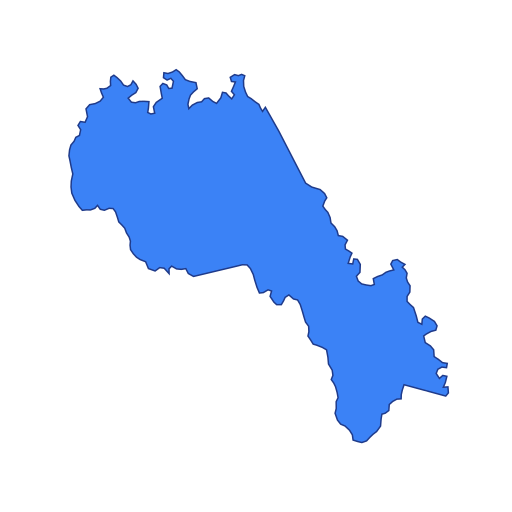 outline of Videira, Santa Catarina, Brazil, rotated 171°
{"feature_id": "56859067B98115345951737", "entity_name": "Videira", "entity_type": "district", "adm_level": 2, "iso_a3": "BRA", "parent_name": "Brazil", "parent_adm1": "Santa Catarina", "projection": "equal_earth", "projection_center": [-51.136, -26.989], "detail": "fine", "context": "isolated", "style": "filled", "palette": "blue", "viewbox_px": 512, "rotation_deg": 171, "n_neighbors": 0, "source": "geoboundaries", "source_scale": "gbopen_adm2", "svg_char_len": 3765}
<svg xmlns="http://www.w3.org/2000/svg" viewBox="0 0 512 512"><g transform="rotate(171 256 256)"><path d="M90.0,163.5L94.7,167.7L98.2,170.1L101.6,167.7L102.9,162.6L106.5,165.2L107.1,171.8L108.5,180.4L111.5,184.1L113.9,187.5L113.1,192.4L109.7,196.3L108.5,202.5L110.4,206.7L111.0,210.8L109.5,215.3L111.0,219.1L113.3,222.1L110.2,224.4L114.0,227.3L117.0,230.4L121.7,230.1L124.1,226.9L122.1,220.7L126.6,220.3L130.2,219.6L134.2,217.6L139.2,216.7L143.7,215.3L143.6,209.4L147.1,208.7L151.6,210.1L156.0,211.9L159.0,215.3L160.0,220.3L155.9,223.6L154.3,231.4L156.4,236.8L159.9,237.8L161.7,233.0L166.1,234.3L163.2,240.2L160.8,243.8L163.4,246.3L166.6,248.9L166.3,253.1L163.2,257.3L167.3,261.8L171.5,263.3L172.0,268.3L173.7,272.6L176.8,276.9L176.8,282.4L178.2,287.8L180.3,291.0L182.2,294.8L179.5,299.6L177.0,302.4L178.5,307.0L182.3,311.6L190.2,315.4L195.6,320.2L200.6,335.3L213.9,375.6L223.5,401.4L226.9,397.8L228.4,401.4L229.4,405.3L232.5,408.2L236.2,412.2L239.3,414.8L240.7,419.5L241.6,425.4L240.9,431.3L238.9,435.8L241.8,437.6L245.2,436.9L248.8,438.5L253.5,436.5L252.9,432.2L249.1,431.1L251.7,426.8L254.5,422.5L252.1,418.6L255.4,415.0L258.2,418.6L260.1,421.7L263.5,422.9L266.0,417.7L271.1,412.9L274.5,415.4L278.0,419.5L282.3,419.5L285.6,416.8L290.0,416.8L295.3,415.0L299.3,412.0L299.5,416.5L297.6,421.5L295.5,425.2L292.0,427.9L287.9,430.4L288.2,436.6L294.1,438.8L298.2,441.2L300.5,445.6L303.0,449.8L305.7,452.5L309.7,450.8L314.4,450.0L318.3,451.4L319.5,446.6L316.3,443.7L312.3,444.8L310.2,441.5L312.7,434.9L316.0,435.1L317.4,438.9L321.0,441.0L324.2,438.5L324.1,431.4L323.9,426.5L330.5,423.3L334.0,419.5L333.7,412.9L337.6,412.7L340.5,414.7L339.1,419.0L337.6,425.2L342.5,426.3L347.1,426.9L351.0,426.2L355.0,427.4L357.6,431.9L353.5,434.3L349.1,436.2L346.2,440.1L347.6,444.4L350.1,448.2L352.8,444.7L356.4,443.5L360.1,445.5L362.3,450.0L365.5,454.1L368.1,456.8L371.4,455.3L372.5,451.2L372.9,447.1L377.0,445.0L380.4,444.8L383.8,445.6L383.1,441.4L381.9,436.7L385.7,433.3L390.9,431.7L396.6,431.5L400.9,427.9L400.6,419.9L403.9,414.8L408.4,416.3L411.4,412.8L409.4,408.2L411.5,402.7L415.4,401.4L417.7,397.8L421.4,394.6L423.5,390.1L425.1,384.2L424.8,379.0L424.6,372.6L424.1,365.7L426.7,358.9L427.9,353.1L428.1,346.9L426.1,339.2L423.1,332.6L420.4,328.3L416.1,328.1L412.3,327.4L407.7,328.3L404.6,330.8L402.5,326.5L398.6,324.9L393.6,326.1L389.7,325.2L387.8,321.5L386.8,315.6L386.2,311.1L383.7,307.7L381.3,304.0L380.3,299.1L378.3,294.4L377.7,290.3L378.7,286.4L378.9,281.9L376.8,277.4L374.2,273.5L371.0,270.6L365.9,267.6L364.2,260.4L358.0,257.0L352.9,259.6L348.6,258.3L344.6,252.2L343.9,257.0L340.9,259.2L336.5,255.7L331.9,254.5L327.3,254.5L325.6,249.3L320.9,245.6L275.5,249.1L270.9,249.5L266.2,248.6L263.5,244.5L261.6,238.2L261.0,232.3L259.9,224.9L258.4,218.9L254.5,218.7L249.4,220.7L246.1,219.0L248.4,213.9L245.5,207.6L243.2,204.7L238.6,204.0L235.8,207.4L233.7,210.6L229.6,212.4L225.7,207.7L221.8,206.1L219.9,201.2L218.9,194.5L218.1,187.9L217.4,183.0L215.0,178.4L215.6,173.0L217.2,168.8L215.0,164.1L213.3,160.0L210.1,158.5L205.0,155.5L201.0,152.3L200.8,144.7L201.3,138.0L198.6,131.3L198.7,126.1L201.0,122.2L199.1,118.4L197.9,114.5L197.2,108.4L197.1,103.2L199.6,99.6L200.6,92.8L202.5,88.3L201.2,81.2L198.7,76.7L194.7,74.2L190.9,69.3L188.8,64.3L188.9,59.0L184.5,56.8L180.6,55.2L175.7,56.1L171.8,59.2L168.2,61.7L164.3,63.8L159.6,68.5L157.9,75.6L156.4,80.1L153.0,80.5L149.0,82.6L147.6,88.5L143.7,91.0L139.3,92.6L135.0,92.2L134.2,96.4L132.4,100.9L129.9,105.7L90.5,88.0L87.4,90.7L86.9,96.7L91.5,97.1L88.8,101.4L86.3,107.3L90.2,108.8L94.0,106.4L96.4,111.8L94.1,115.7L89.8,117.2L85.3,115.9L83.9,120.0L88.5,121.5L91.7,125.0L95.8,128.8L95.2,135.6L97.8,139.9L102.4,144.0L102.9,150.8L100.0,152.3L94.9,154.1L90.0,154.6L88.1,158.7L90.0,163.5Z" fill="#3b82f6" stroke="#1e3a8a" stroke-width="1.5"/></g></svg>